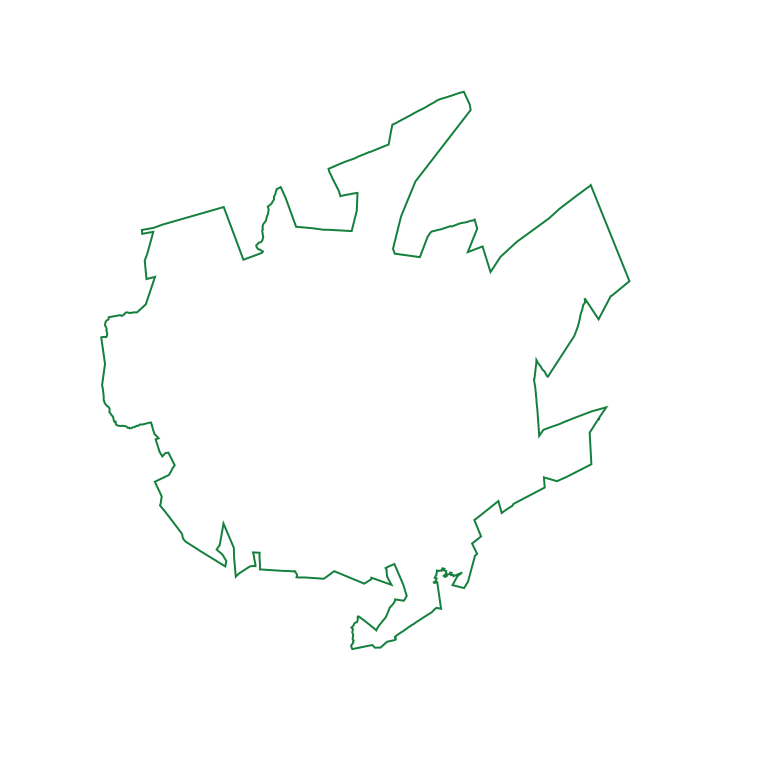 Pueblo Nuevo Solistahuacán, Chiapas, Mexico (Natural Earth projection), rotated 68°
{"feature_id": "50627088B52747419907097", "entity_name": "Pueblo Nuevo Solistahuacán", "entity_type": "district", "adm_level": 2, "iso_a3": "MEX", "parent_name": "Mexico", "parent_adm1": "Chiapas", "projection": "natural_earth1", "projection_center": [-92.879, 17.225], "detail": "fine", "context": "isolated", "style": "outline", "palette": "green", "viewbox_px": 768, "rotation_deg": 68, "n_neighbors": 0, "source": "geoboundaries", "source_scale": "gbopen_adm2", "svg_char_len": 6153}
<svg xmlns="http://www.w3.org/2000/svg" viewBox="0 0 768 768"><g transform="rotate(68 384 384)"><path d="M141.7,217.4L140.9,224.7L140.9,227.8L141.9,233.8L142.1,236.2L143.2,243.3L143.5,248.0L144.1,254.3L144.4,256.1L144.9,260.1L145.7,268.3L146.6,275.6L146.7,279.1L152.3,282.8L163.7,290.0L163.6,295.1L163.7,309.8L163.5,310.5L163.5,322.9L163.8,327.1L163.4,336.0L163.4,343.9L163.5,345.7L163.7,354.8L167.2,355.2L171.5,354.8L173.7,354.8L177.2,354.5L188.2,353.5L193.5,354.1L194.0,350.6L195.4,343.7L195.6,342.3L195.7,342.2L196.0,340.5L196.9,337.0L213.1,344.3L230.1,356.7L220.5,377.1L218.1,382.7L212.8,391.9L205.3,406.6L174.6,405.5L162.7,406.0L163.2,410.2L163.1,410.4L164.1,411.1L164.9,412.0L167.1,413.5L168.0,414.4L168.7,415.4L169.3,416.0L170.5,416.3L171.7,416.8L173.2,419.1L174.1,419.9L175.0,421.8L175.4,423.2L175.7,424.2L175.9,424.9L176.2,425.4L177.7,425.4L179.1,425.6L180.4,426.5L181.4,426.9L182.3,427.4L183.3,428.3L183.5,428.6L185.7,430.5L186.6,431.0L187.7,431.9L188.2,432.1L188.7,432.7L189.6,434.5L189.9,434.9L190.5,436.0L191.8,437.1L193.5,438.1L194.1,438.1L194.8,438.2L195.5,438.6L195.7,439.1L196.3,439.6L198.1,440.0L198.9,440.0L199.6,440.4L202.4,440.9L203.1,441.3L205.1,442.9L205.9,443.9L206.2,444.5L206.3,445.9L206.0,446.8L206.4,448.1L207.0,448.8L207.2,449.6L207.5,450.5L208.2,450.7L209.0,450.8L211.7,450.3L212.2,449.8L212.9,448.6L214.2,447.9L215.7,446.6L215.9,446.7L216.7,448.1L216.1,467.8L159.9,466.3L153.3,529.1L152.9,539.1L150.5,550.8L154.2,551.9L156.5,540.9L174.6,554.7L179.9,559.6L197.7,564.9L198.9,556.2L220.9,575.0L225.1,586.3L224.5,587.3L224.4,588.0L223.7,589.6L223.7,590.6L223.4,591.1L223.4,591.7L223.1,592.4L223.1,593.1L222.5,593.7L221.5,595.1L221.2,595.6L221.1,596.3L221.1,596.7L221.3,597.3L221.6,597.6L221.8,598.5L222.3,599.3L222.7,601.6L221.3,602.9L219.0,614.2L220.9,615.3L221.3,617.6L222.3,619.0L223.1,619.6L224.2,620.1L224.8,620.7L226.9,620.5L228.9,620.5L230.3,621.4L231.5,621.3L234.2,622.0L235.6,622.9L236.5,624.1L235.7,625.3L234.8,628.1L234.9,628.7L261.0,635.2L279.4,645.8L283.2,646.5L291.4,648.8L293.9,650.0L295.2,649.8L296.8,650.2L297.6,649.9L299.0,649.6L300.9,648.9L302.6,647.8L304.7,647.8L305.9,648.5L307.6,649.2L308.8,648.6L311.1,648.2L312.7,647.5L314.3,647.7L316.3,648.2L318.2,648.0L318.3,647.0L320.3,647.6L321.7,647.4L323.2,646.0L324.6,643.2L324.8,641.9L326.6,639.0L328.8,637.8L329.1,636.5L329.8,636.4L330.3,634.6L330.0,633.1L330.5,631.7L330.1,628.9L330.7,627.8L330.1,625.4L330.9,623.7L331.2,622.2L331.2,621.6L331.3,621.6L331.9,616.7L332.3,614.7L332.5,614.4L340.6,615.3L344.8,615.5L345.1,615.2L349.9,613.3L349.8,616.4L351.4,616.6L362.9,617.5L368.1,616.6L366.2,612.7L366.9,609.6L380.9,608.5L383.0,611.7L385.5,614.5L387.8,617.5L388.8,633.1L391.0,633.0L399.2,632.5L403.3,632.3L405.4,632.3L406.7,633.3L411.3,635.9L412.7,637.2L420.1,634.8L446.5,627.6L448.3,627.5L450.1,628.0L451.6,628.2L453.6,627.8L455.8,627.0L471.3,616.0L493.7,599.5L489.1,596.5L481.6,597.7L474.8,601.2L471.7,596.6L453.3,585.1L479.7,584.6L489.0,588.1L507.1,593.6L505.4,589.7L502.9,576.6L502.9,576.3L503.4,574.8L503.7,573.4L504.7,571.4L503.9,571.0L496.6,569.6L495.7,569.2L491.1,568.5L492.4,565.6L492.9,564.8L493.8,562.5L497.6,564.2L505.1,566.7L509.4,568.5L517.9,550.9L518.8,548.9L519.2,548.3L521.4,543.1L523.7,538.4L524.1,537.5L524.1,536.8L528.3,536.0L530.4,537.5L531.6,535.2L533.9,529.5L541.9,513.0L542.0,512.5L538.9,500.3L539.0,500.2L561.7,477.1L560.3,469.2L558.9,468.3L573.0,452.3L565.6,453.1L563.0,453.2L561.3,452.5L559.2,452.0L558.0,451.4L557.2,451.1L555.3,451.5L555.0,448.9L554.8,441.8L576.9,441.3L589.0,442.3L592.4,446.8L587.9,454.4L588.8,454.8L590.4,456.5L591.6,458.4L592.9,461.1L593.5,462.5L596.4,465.1L600.5,469.2L601.2,470.3L602.5,472.5L603.5,474.5L605.2,477.5L605.8,478.7L608.5,482.4L609.5,483.4L606.0,485.2L604.9,485.9L601.2,487.9L595.6,491.1L590.6,494.2L590.7,494.4L589.8,495.0L590.1,495.7L592.5,496.5L594.7,498.2L594.5,500.1L595.4,501.8L596.8,503.1L597.6,505.4L599.7,504.6L602.2,506.4L603.4,506.5L605.0,506.5L608.0,508.3L609.2,508.7L610.4,508.2L611.2,509.2L612.3,509.4L614.3,512.5L616.5,512.8L617.9,512.7L621.6,492.7L623.0,492.0L625.0,491.3L627.1,486.0L624.1,477.6L625.5,469.8L625.1,468.8L624.6,468.6L624.1,468.2L623.4,468.5L623.4,468.8L622.5,468.6L621.4,464.8L620.3,458.9L618.4,450.9L618.4,450.4L617.8,448.3L617.7,446.0L617.3,445.3L616.4,440.8L614.1,428.6L613.7,425.6L611.9,421.6L611.2,419.1L613.8,415.3L587.8,408.9L587.7,409.8L587.2,412.0L586.6,412.1L585.8,409.5L584.0,408.0L582.8,409.6L581.2,407.9L581.0,407.2L576.8,404.7L577.7,403.9L578.0,401.5L578.7,400.7L576.8,398.8L577.4,398.2L577.9,397.3L579.0,398.6L580.4,396.7L580.5,396.9L582.4,397.1L582.6,397.0L583.5,398.6L583.9,399.1L584.3,400.5L585.7,399.8L585.7,398.5L585.1,398.8L584.8,396.7L584.5,396.0L584.9,393.9L583.7,393.2L584.4,392.1L584.9,392.5L585.5,393.1L586.3,393.4L587.2,391.2L588.2,391.5L588.2,385.6L588.0,382.1L589.8,388.1L596.2,395.8L603.2,386.2L598.8,380.2L577.4,364.0L576.4,361.3L564.9,362.1L561.7,351.1L544.0,351.2L541.6,342.7L535.4,321.8L547.7,323.2L546.3,317.7L545.0,310.5L543.8,309.1L543.5,307.4L540.2,273.8L530.5,270.7L532.6,268.0L538.9,260.0L538.6,250.3L536.1,221.8L506.1,211.5L503.9,208.3L500.8,204.1L497.3,199.0L497.3,197.7L496.8,197.5L496.5,198.1L488.9,186.7L487.2,201.3L486.8,218.6L486.7,230.6L486.9,236.3L486.5,243.8L486.2,253.4L490.3,259.5L463.6,250.9L462.6,250.7L458.8,249.6L454.6,248.2L451.6,247.4L450.5,247.0L444.7,245.3L435.7,243.2L435.6,242.6L424.2,236.4L421.8,235.0L418.9,233.7L422.3,233.3L426.9,232.0L429.3,231.9L432.8,230.4L434.0,230.2L435.1,230.3L437.7,229.9L438.6,229.3L410.7,189.5L403.2,182.6L398.7,179.3L393.0,175.5L389.1,172.2L385.4,169.7L383.7,166.9L379.7,165.8L404.4,160.8L387.5,140.9L387.6,140.7L387.4,139.5L380.6,117.9L277.0,117.8L277.6,119.2L281.4,134.2L287.4,156.0L292.2,168.8L301.9,207.5L309.7,228.3L320.1,243.3L293.4,241.1L293.1,256.9L274.9,239.4L265.4,238.4L265.7,240.5L265.1,242.7L264.9,246.6L263.7,252.4L263.5,254.3L263.4,262.0L263.1,262.3L262.5,263.5L261.9,273.2L261.5,275.4L260.5,282.8L261.2,284.6L263.3,287.5L263.7,288.3L279.8,303.2L267.2,325.2L262.0,325.0L235.0,305.4L208.0,279.0L162.4,201.0L156.8,199.8L142.9,200.5L142.7,202.9L142.6,203.2L142.3,205.7L141.9,214.1L141.7,215.7L141.7,217.4Z" fill="none" stroke="#15803d" stroke-width="2"/></g></svg>